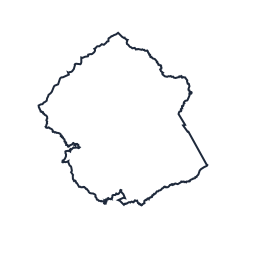 the district of Trancas, Tucumán, Argentina, rotated 45°
{"feature_id": "61730980B98032525509739", "entity_name": "Trancas", "entity_type": "district", "adm_level": 2, "iso_a3": "ARG", "parent_name": "Argentina", "parent_adm1": "Tucumán", "projection": "orthographic", "projection_center": [-65.459, -26.341], "detail": "fine", "context": "isolated", "style": "outline", "palette": "slate", "viewbox_px": 256, "rotation_deg": 45, "n_neighbors": 0, "source": "geoboundaries", "source_scale": "gbopen_adm2", "svg_char_len": 5837}
<svg xmlns="http://www.w3.org/2000/svg" viewBox="0 0 256 256"><g transform="rotate(45 128 128)"><path d="M210.7,111.2L208.8,107.4L208.7,105.5L209.5,101.8L210.5,99.1L210.3,98.1L209.1,98.2L173.3,87.9L172.9,88.5L165.1,87.2L166.2,85.4L153.9,82.4L153.0,80.9L152.8,79.9L153.6,78.7L153.4,78.0L152.1,77.4L152.0,76.5L152.5,75.8L150.9,74.6L150.7,74.2L151.4,73.4L151.3,73.0L150.3,71.7L150.4,70.7L149.5,70.5L149.3,70.1L149.3,68.2L150.3,66.8L150.3,66.1L148.5,61.5L147.2,60.5L147.3,59.9L148.1,59.5L148.4,58.9L148.1,58.1L147.6,57.8L147.2,57.9L145.8,58.9L144.9,58.0L143.9,58.3L143.2,57.7L141.9,55.0L139.8,53.8L139.3,53.9L139.1,54.4L138.9,54.5L136.7,53.2L136.2,52.4L133.4,52.1L132.8,51.8L131.2,52.9L130.9,53.9L130.5,54.2L129.4,53.5L128.9,53.6L129.0,54.5L127.8,55.2L128.1,56.1L127.7,56.4L126.3,59.0L124.7,60.0L123.6,59.8L122.6,61.0L121.5,61.0L121.1,61.9L120.0,62.8L119.5,64.1L117.5,65.4L114.5,65.7L113.6,65.1L113.7,64.2L111.2,64.5L109.3,63.8L109.6,62.4L108.8,61.5L108.1,61.5L107.6,60.7L106.7,60.5L105.7,61.5L104.6,61.8L104.0,61.1L102.1,61.2L101.8,60.6L101.4,60.8L100.7,60.4L98.1,60.3L96.3,61.3L95.3,61.2L94.0,61.8L93.8,61.3L93.2,61.7L92.4,61.2L91.6,61.2L91.5,60.7L90.9,61.0L90.0,60.4L89.1,60.5L87.6,59.7L87.2,59.9L86.8,59.7L86.1,60.7L85.2,61.4L84.2,61.3L83.8,61.9L82.5,62.3L82.3,63.1L79.4,64.9L79.2,65.5L78.6,65.8L78.1,66.9L76.1,66.6L74.7,68.6L73.2,68.7L71.8,69.3L69.3,69.0L67.8,69.3L66.5,68.3L66.2,67.4L65.5,66.9L65.4,66.0L64.1,66.7L62.9,66.6L62.2,66.9L61.7,66.6L61.4,67.2L59.5,67.7L53.7,67.7L53.4,70.1L52.3,72.5L52.0,74.0L51.4,74.8L51.4,76.3L50.9,78.2L51.0,78.6L52.8,80.5L52.0,81.9L52.3,83.1L52.1,86.2L50.2,87.3L50.0,90.4L48.6,91.8L48.4,92.4L48.6,94.5L48.2,95.8L49.4,96.0L50.1,96.8L50.5,98.4L50.3,100.8L50.0,101.6L49.0,102.5L48.0,104.3L48.7,105.0L49.0,105.7L47.3,107.9L46.2,110.6L45.1,111.2L48.4,114.4L49.2,115.8L49.2,116.6L45.8,119.3L45.4,120.3L45.5,120.8L46.0,121.0L48.0,124.6L48.4,127.4L48.0,128.8L47.2,129.8L46.9,130.9L46.3,131.1L48.4,132.1L46.1,138.2L45.1,139.3L44.9,140.3L45.1,141.4L47.7,146.5L46.2,150.0L46.3,151.0L48.5,156.2L48.7,158.1L48.4,160.8L49.2,162.2L49.8,164.2L51.2,166.2L50.8,168.8L50.4,169.6L50.7,171.6L49.6,173.0L48.9,175.3L50.5,176.5L51.1,176.5L51.8,177.0L52.4,177.0L54.4,178.0L54.6,177.6L55.4,177.4L55.7,177.7L56.6,176.9L56.9,177.1L56.7,177.3L56.9,177.5L58.1,177.7L58.6,177.2L59.7,177.6L61.4,177.0L62.9,177.3L64.3,178.5L64.3,179.3L65.0,180.4L66.2,180.5L67.0,181.8L67.5,181.9L68.1,183.6L68.8,184.4L68.8,185.4L70.0,185.6L71.0,184.8L71.5,183.6L72.8,183.6L73.3,183.2L75.4,182.7L76.8,183.1L77.2,183.8L77.6,183.9L78.2,183.1L79.5,182.9L79.8,182.1L81.0,181.9L81.9,181.0L83.5,180.2L84.9,180.1L85.8,180.8L86.6,180.3L87.1,180.7L87.0,181.1L87.7,180.9L87.9,181.2L88.8,180.6L89.5,181.2L91.1,181.0L92.2,181.9L92.7,181.9L92.8,182.4L94.5,182.0L94.9,182.5L94.8,182.8L95.5,182.8L95.7,183.2L96.2,183.2L96.4,183.6L97.3,182.8L98.2,183.2L98.6,183.6L99.1,183.4L99.4,182.4L99.1,181.7L99.3,181.0L100.1,179.1L99.8,177.6L100.0,177.2L101.4,177.2L101.7,177.5L102.1,177.4L102.3,177.9L102.6,177.4L102.0,176.7L102.9,177.1L102.5,176.3L102.9,176.1L102.8,175.7L103.3,175.2L104.5,175.4L104.8,175.1L105.6,175.8L106.2,175.9L106.4,176.3L107.5,175.9L107.5,176.3L106.7,176.6L107.3,177.1L107.2,177.3L105.9,177.7L103.2,180.9L103.2,183.1L102.2,183.4L102.2,184.3L103.2,184.7L103.7,185.4L103.0,185.5L102.7,186.1L101.8,186.4L100.3,188.6L100.4,189.0L101.5,189.8L101.7,190.1L102.8,190.4L104.2,192.0L105.1,194.3L105.3,196.2L104.8,197.2L105.7,198.5L106.3,198.3L106.7,197.2L107.9,196.4L108.8,195.0L109.2,193.6L109.7,194.3L112.8,195.6L113.4,195.8L114.6,195.5L115.5,195.8L118.4,197.8L118.8,198.4L119.0,199.5L122.4,200.1L122.7,200.8L125.1,203.0L126.0,203.0L127.1,203.7L127.4,203.7L127.4,203.1L127.8,202.6L128.3,202.5L130.3,203.4L130.9,203.1L135.1,204.2L135.9,203.2L136.7,203.1L137.6,202.2L138.0,201.3L138.7,200.7L139.3,200.9L140.1,200.4L141.4,200.8L142.4,200.2L143.5,200.6L144.3,200.4L145.5,201.0L146.8,201.0L148.0,200.4L149.8,198.9L152.0,198.3L153.1,198.9L153.5,199.7L154.8,199.7L156.6,200.6L157.2,200.1L158.9,200.1L159.4,199.5L160.6,199.0L160.7,198.5L161.5,198.3L162.4,197.0L163.8,197.4L163.7,197.2L164.3,198.2L165.2,198.0L165.6,197.3L165.0,197.1L165.3,196.9L164.8,196.5L165.0,196.4L164.8,195.8L164.4,195.8L164.7,195.3L164.4,195.0L163.5,195.0L164.0,194.7L163.6,194.4L164.0,194.3L163.8,193.5L164.1,193.2L163.8,192.6L163.4,192.8L163.3,192.4L163.6,191.5L163.9,191.5L164.5,192.0L164.7,191.3L165.9,190.8L166.0,190.2L166.4,190.0L166.1,189.9L166.0,188.9L166.3,188.8L166.1,188.3L164.7,186.7L164.9,185.8L166.3,184.5L166.4,183.9L166.0,182.6L166.3,182.4L166.9,182.6L167.5,182.0L167.9,181.2L167.5,178.4L166.6,177.7L166.5,177.1L167.2,176.7L168.3,178.0L171.6,178.1L175.5,179.7L174.1,180.5L172.1,185.9L173.7,185.2L179.4,185.2L179.2,184.0L180.1,183.4L180.0,182.7L180.6,182.2L181.0,180.1L181.5,179.4L182.3,179.0L182.2,178.6L182.7,177.4L184.0,177.0L184.0,176.5L184.4,176.4L184.1,174.2L185.2,173.9L185.8,172.9L188.2,174.0L189.1,173.4L189.7,173.9L190.2,173.3L190.6,173.6L192.2,173.2L192.4,172.7L192.3,172.0L192.0,172.0L192.8,169.6L192.2,169.3L192.0,168.7L191.2,168.2L191.2,166.8L191.5,165.8L192.0,165.7L191.7,164.0L192.2,163.3L192.8,163.4L192.5,162.9L192.9,162.6L192.7,161.6L193.5,160.3L193.1,159.9L193.1,159.6L193.5,159.4L192.9,158.3L193.2,158.1L193.2,157.6L193.0,156.3L193.4,156.2L193.3,155.7L193.8,155.0L193.2,152.5L194.1,151.5L194.0,150.5L194.8,149.3L195.1,148.1L194.8,146.9L195.2,146.0L195.1,144.1L195.3,143.7L195.7,143.9L196.3,143.5L196.4,142.9L197.2,142.7L198.0,141.7L198.2,140.6L198.0,138.6L198.7,137.8L198.5,137.0L199.0,136.4L199.8,136.6L200.1,135.3L200.4,135.4L200.7,133.8L202.9,132.5L203.8,128.9L203.5,128.2L203.9,127.8L204.4,127.9L205.3,126.4L206.1,126.5L206.6,125.6L207.5,125.3L207.3,124.4L209.1,122.5L209.3,122.1L208.7,121.8L209.2,119.6L209.9,118.2L209.8,117.6L210.8,116.3L210.8,115.3L210.4,115.0L211.1,114.1L210.7,113.5L210.7,111.2Z" fill="none" stroke="#1e293b" stroke-width="2"/></g></svg>